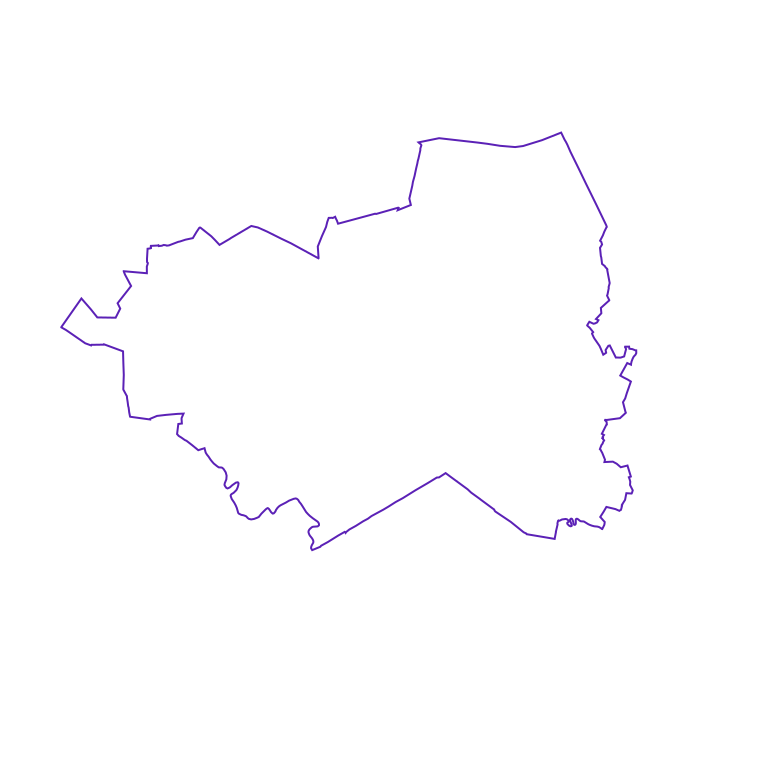 Rikavas pag., Rezeknes, Latvia, rotated 335°
{"feature_id": "27541924B46765973494104", "entity_name": "Rikavas pag.", "entity_type": "district", "adm_level": 2, "iso_a3": "LVA", "parent_name": "Latvia", "parent_adm1": "Rezeknes", "projection": "albers", "projection_center": [27.008, 56.629], "detail": "fine", "context": "isolated", "style": "outline", "palette": "violet", "viewbox_px": 768, "rotation_deg": 335, "n_neighbors": 0, "source": "geoboundaries", "source_scale": "gbopen_adm2", "svg_char_len": 6094}
<svg xmlns="http://www.w3.org/2000/svg" viewBox="0 0 768 768"><g transform="rotate(335 384 384)"><path d="M115.5,196.3L118.5,200.5L120.3,203.5L130.4,220.8L134.9,225.3L135.5,224.9L147.1,230.1L147.2,229.9L161.3,244.1L156.7,254.7L152.0,265.8L145.5,278.6L145.4,279.0L145.8,285.9L145.9,286.2L145.1,288.4L144.0,292.2L143.1,295.0L142.8,296.0L142.6,297.4L141.1,302.0L140.1,306.1L140.1,306.4L157.0,317.3L157.2,316.7L164.8,317.0L173.5,319.9L184.2,323.8L189.8,326.1L186.3,329.2L185.8,330.0L184.1,334.4L180.7,333.3L175.3,341.9L176.0,344.3L177.7,346.9L179.8,350.6L181.0,352.0L184.3,358.4L187.7,365.5L194.2,366.3L193.4,370.8L193.5,371.8L193.7,373.3L194.3,375.7L194.8,379.2L195.4,381.7L196.1,384.1L197.9,387.8L199.0,389.7L201.4,391.0L202.0,391.6L202.7,393.3L203.2,397.2L202.6,400.6L200.8,403.8L197.8,406.6L196.8,408.0L196.8,409.4L197.2,411.5L198.0,412.5L199.2,412.6L200.8,412.5L203.7,411.6L208.1,410.8L209.8,411.2L210.2,411.7L210.2,412.5L209.1,414.2L207.7,415.8L206.5,416.9L205.3,417.8L201.7,419.1L199.6,419.3L198.6,419.6L198.0,420.1L197.7,420.8L197.4,423.8L198.1,428.1L198.3,431.3L198.2,434.1L197.4,439.2L197.7,440.2L199.4,442.3L201.2,443.6L202.9,445.3L203.3,446.1L203.9,448.0L204.6,449.2L206.4,450.6L209.3,451.4L212.5,451.6L214.3,451.6L218.1,449.7L223.9,447.6L225.4,447.3L226.1,447.3L226.5,447.7L226.9,448.6L227.2,450.1L227.5,452.4L228.2,454.1L228.5,454.5L229.6,454.6L231.6,453.7L232.9,452.5L235.2,451.2L237.2,450.5L239.0,450.2L244.9,450.0L248.7,449.6L253.6,449.9L255.6,450.4L256.4,451.1L256.9,452.0L257.3,453.1L257.4,454.8L258.1,457.6L258.5,460.5L259.3,467.1L260.1,469.7L261.0,472.1L262.8,475.7L265.6,480.6L265.9,481.5L266.0,482.5L265.9,483.4L265.7,483.9L265.3,484.6L264.7,484.8L263.7,485.0L259.4,483.4L258.5,483.3L257.7,483.4L255.4,484.1L254.3,484.7L253.4,485.5L252.9,486.5L252.7,488.1L252.7,489.9L253.5,493.1L253.7,494.6L253.7,495.7L253.5,496.7L253.1,497.5L252.7,498.0L250.3,499.7L249.5,500.5L248.9,501.2L248.5,502.2L248.7,504.2L257.5,504.6L258.6,504.0L266.3,503.5L278.5,502.0L285.9,501.4L286.2,502.0L286.3,502.7L287.0,502.2L291.2,501.2L298.5,500.7L307.1,499.6L312.4,499.3L316.9,498.4L330.2,497.6L336.3,497.0L344.7,495.9L352.8,495.4L367.6,493.6L381.7,492.3L392.3,491.1L394.4,491.9L402.2,490.8L405.1,496.2L405.6,497.1L415.3,514.8L417.1,519.3L422.5,529.0L422.6,529.3L430.7,544.2L430.8,544.3L430.7,545.4L431.0,546.6L440.6,562.5L447.9,577.4L449.8,579.7L449.8,580.4L473.2,596.5L477.3,590.8L477.3,590.6L482.0,584.6L482.1,584.0L482.5,583.3L483.9,581.6L484.4,581.4L484.6,581.7L485.0,582.0L485.7,582.1L487.9,582.0L488.4,582.1L491.6,583.1L492.6,583.9L493.1,584.8L493.4,585.8L493.3,586.5L493.0,586.9L491.8,587.1L491.4,587.3L491.1,588.0L491.2,588.8L492.0,590.8L492.8,591.7L493.9,592.0L494.4,591.6L494.6,589.8L494.8,588.6L494.8,586.8L494.9,586.3L495.0,586.0L495.5,585.4L496.0,585.2L496.5,585.1L497.0,585.3L497.4,585.9L497.4,587.7L497.2,589.2L496.7,590.5L496.8,591.8L497.2,592.2L497.5,592.3L497.9,592.3L498.3,592.1L498.8,591.6L499.5,590.2L500.0,588.8L500.7,587.7L501.0,587.6L501.8,587.6L502.3,588.0L502.7,588.6L503.8,590.9L504.4,591.6L506.9,593.0L507.2,593.3L509.9,597.4L511.1,598.8L512.6,600.3L514.4,601.8L517.1,603.4L518.3,604.4L519.6,606.2L520.2,607.5L520.5,607.7L523.9,605.0L524.5,604.3L525.7,602.4L525.7,602.1L525.3,601.0L523.8,595.9L529.0,592.6L533.6,589.4L540.9,595.2L543.7,598.4L544.4,598.2L545.3,598.3L546.2,597.5L548.0,595.3L547.9,595.0L548.9,594.1L548.8,593.9L553.5,590.9L557.5,585.4L562.1,587.9L562.8,587.4L564.5,585.5L564.3,579.5L565.9,576.6L566.4,573.8L566.5,572.0L568.6,572.2L570.2,560.8L563.4,559.5L561.2,554.6L558.6,551.1L550.8,547.9L552.3,546.0L552.7,538.3L552.5,536.8L552.6,535.7L552.1,534.3L555.2,531.3L557.1,530.3L557.7,529.5L559.7,528.1L559.2,526.5L559.7,525.5L559.1,525.2L560.0,524.2L561.8,523.2L560.4,521.2L568.7,514.6L568.9,514.7L569.7,512.5L569.0,510.3L569.3,510.0L570.9,510.8L583.4,514.7L591.0,512.3L591.1,511.9L591.0,511.6L592.9,501.5L596.5,499.0L600.3,494.8L608.8,486.1L606.7,482.9L603.8,479.2L601.7,476.2L613.3,467.8L616.0,470.9L616.6,469.9L617.9,468.2L620.2,466.0L621.9,464.7L624.4,463.7L625.7,462.6L626.8,460.1L626.0,459.7L623.9,457.4L621.4,455.8L621.3,455.7L621.9,453.7L618.3,452.1L618.0,452.6L618.2,453.9L618.1,454.7L613.3,460.5L609.7,460.1L605.3,458.0L604.9,444.5L603.5,444.2L599.3,446.8L599.1,447.1L598.6,449.4L598.5,449.6L595.1,450.1L595.4,443.5L595.4,440.4L593.9,431.7L593.8,430.3L593.8,426.4L593.9,426.1L595.5,425.4L594.2,420.0L593.1,417.5L592.9,416.8L593.3,416.4L596.4,414.4L598.8,417.3L599.5,418.0L601.1,418.3L603.2,418.2L605.3,416.8L603.6,414.7L610.8,411.8L610.9,411.7L612.7,406.7L623.5,403.4L623.6,403.2L623.5,398.2L624.5,397.2L628.3,392.0L628.5,391.1L629.9,389.5L631.2,387.9L631.9,385.1L634.7,374.2L634.9,374.2L634.9,373.9L634.1,371.9L634.0,370.6L632.4,367.3L634.4,361.1L634.6,359.7L636.9,353.1L637.3,351.9L640.6,349.7L641.0,347.0L640.4,345.5L645.2,341.8L648.0,339.1L651.6,336.2L652.3,335.8L652.5,334.2L652.2,311.3L651.7,287.4L651.5,272.0L651.2,257.4L651.1,252.3L651.3,244.6L651.2,241.6L650.9,238.8L650.8,231.0L630.3,229.8L610.6,227.1L603.0,224.7L589.9,217.2L579.2,210.0L570.8,204.7L537.8,184.5L517.4,179.6L517.8,180.6L518.5,181.9L518.8,183.0L518.7,183.5L516.5,185.9L515.7,187.5L510.4,194.4L508.9,196.1L507.5,198.1L504.1,202.4L499.6,208.4L495.6,213.1L493.4,216.3L485.3,226.7L484.0,233.1L469.9,232.3L471.7,230.5L471.4,230.2L448.9,226.6L448.6,226.5L447.9,225.9L410.1,219.3L410.4,215.9L410.3,214.0L410.4,211.8L407.7,211.9L407.1,211.4L404.1,210.1L401.1,213.1L397.8,217.2L390.3,223.7L382.1,231.4L377.9,242.3L377.7,242.4L359.1,217.1L352.4,209.0L342.4,196.4L335.8,188.8L330.5,184.7L307.1,187.0L305.3,187.3L293.7,188.4L291.7,182.2L289.9,177.1L283.7,164.7L283.3,164.4L282.6,164.4L278.3,167.0L272.4,171.0L265.1,169.3L259.3,168.6L257.6,168.2L247.7,167.5L245.6,166.8L245.1,166.2L243.1,164.9L241.1,164.8L238.1,163.8L238.2,162.9L237.3,162.8L231.1,160.3L230.6,161.1L230.6,161.6L230.2,162.4L229.1,162.2L226.9,161.5L222.1,170.4L220.8,173.3L221.1,174.6L220.5,175.4L218.7,177.3L215.9,183.4L195.8,171.8L195.7,172.0L195.5,175.4L196.2,188.3L176.7,198.2L176.8,204.2L168.8,210.5L152.3,202.5L149.9,192.5L145.9,178.6L115.7,196.0L115.5,196.3Z" fill="none" stroke="#5b21b6" stroke-width="2"/></g></svg>